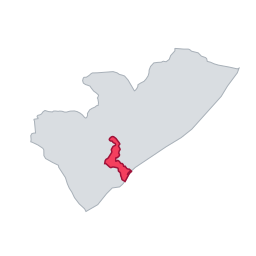 Liberia, with Margibi highlighted, rotated 284°
{"feature_id": "LBR-789", "entity_name": "Margibi", "entity_type": "County", "adm_level": 1, "iso_a3": "LBR", "parent_name": "Liberia", "parent_adm1": "", "projection": "orthographic", "projection_center": [-10.158, 6.461], "detail": "fine", "context": "in_parent", "style": "filled", "palette": "rose", "viewbox_px": 256, "rotation_deg": 284, "n_neighbors": 0, "source": "natural_earth", "source_scale": "10m", "svg_char_len": 4295}
<svg xmlns="http://www.w3.org/2000/svg" viewBox="0 0 256 256"><g transform="rotate(284 128 128)"><path d="M36.8,107.4L39.1,105.4L42.6,99.0L47.5,92.9L52.0,89.2L55.5,85.5L59.3,82.6L64.7,79.3L73.0,70.4L75.0,69.4L76.3,63.3L78.4,55.5L80.8,53.1L86.4,51.6L87.7,50.3L89.7,44.8L91.0,38.4L91.1,37.0L93.3,36.8L97.1,35.5L99.3,36.1L100.3,37.9L100.8,39.5L112.2,35.5L113.2,34.7L113.8,34.8L115.3,38.4L116.1,38.2L116.8,37.1L117.6,37.0L118.5,37.5L119.4,39.2L120.8,40.7L123.3,41.7L124.9,43.2L124.7,47.0L125.3,50.8L126.4,51.6L127.0,53.9L127.3,56.3L127.9,57.6L128.3,60.1L128.1,62.7L128.6,64.6L130.4,67.8L131.6,71.9L131.6,74.7L130.9,77.8L129.7,80.5L127.6,83.5L127.4,84.7L128.7,85.5L130.6,85.7L132.2,85.1L136.3,86.4L138.4,88.4L140.3,90.9L142.0,92.1L142.7,93.6L145.6,93.2L149.0,91.7L149.7,91.0L150.7,91.4L152.8,91.5L154.3,88.8L155.5,85.8L158.1,82.4L159.4,81.1L159.7,79.0L159.9,76.2L160.8,73.8L163.0,72.5L165.3,72.5L166.5,73.0L167.2,75.3L169.1,77.1L170.6,78.3L171.5,78.8L172.8,80.1L174.1,84.8L179.1,99.9L178.9,104.0L177.9,106.8L177.9,109.4L177.6,112.1L174.6,116.4L165.6,125.2L166.3,126.0L168.5,127.0L170.6,127.5L172.4,127.2L174.7,129.4L177.1,132.2L179.7,133.6L183.4,134.9L186.6,135.0L189.4,134.5L193.2,135.0L197.4,137.3L198.9,141.1L199.9,144.4L201.3,146.0L201.5,148.9L204.5,151.4L208.7,151.9L214.1,154.8L215.5,154.6L216.1,154.2L216.7,154.8L218.1,163.3L219.2,167.8L218.7,169.6L217.9,171.0L217.9,177.9L215.5,181.8L215.1,186.1L214.4,187.5L211.8,188.8L211.8,192.1L211.1,196.1L210.9,200.4L211.6,211.5L211.8,219.8L213.0,221.3L207.9,220.7L192.8,214.4L181.2,210.8L142.3,190.2L131.5,181.9L119.0,169.5L91.4,144.5L85.1,140.5L77.1,138.6L72.2,136.4L68.8,134.1L66.0,127.2L59.1,123.1L46.3,117.2L36.8,107.4Z" fill="#d9dde1" stroke="#a8b0b8" stroke-width="1"/><path d="M87.3,141.3L87.3,141.2L86.7,140.6L86.1,140.1L84.6,139.2L83.9,138.9L83.0,138.8L83.0,139.2L85.3,140.4L86.3,141.2L86.7,142.2L86.0,141.4L84.8,140.7L83.4,140.1L75.4,138.1L76.3,135.1L76.4,134.9L76.6,134.7L76.9,134.4L77.1,134.2L77.3,134.1L77.8,134.0L78.2,133.8L79.6,132.7L80.0,132.5L82.0,131.7L82.4,131.5L82.6,131.4L82.9,131.1L83.6,129.7L83.8,129.3L84.0,129.1L85.7,128.5L85.9,128.4L86.1,128.3L86.5,128.0L86.6,127.8L86.7,127.4L86.8,126.7L86.7,124.1L86.6,123.1L86.5,122.7L86.3,122.3L86.1,122.0L85.6,121.3L85.5,121.2L85.4,120.8L85.4,120.5L85.5,120.2L85.6,119.8L87.9,115.5L88.0,115.1L87.8,114.0L89.3,113.9L90.2,113.8L90.9,113.8L91.2,113.9L91.6,114.0L92.2,114.3L92.5,114.5L93.4,115.5L93.8,115.8L94.2,116.0L94.6,116.2L100.0,118.0L100.4,118.1L100.8,118.0L101.4,117.9L102.4,117.3L102.9,117.1L103.0,117.1L103.4,117.1L105.3,117.6L106.3,117.9L106.5,118.0L106.8,118.2L106.9,118.4L107.7,119.4L108.0,119.8L108.3,120.0L108.6,120.0L108.9,120.0L109.4,119.7L109.6,119.5L109.8,119.3L109.9,119.2L110.0,118.7L110.1,118.0L110.1,117.7L110.3,117.3L110.4,117.0L110.5,116.8L111.2,116.2L111.3,116.0L111.4,115.8L111.4,115.7L111.2,114.6L111.2,114.2L111.3,114.0L111.3,113.8L111.4,113.6L111.5,113.5L111.7,113.1L112.0,112.8L112.2,112.7L112.4,112.6L112.6,112.6L113.2,112.7L113.5,112.8L113.9,113.0L114.6,113.5L115.2,113.9L115.5,114.3L115.7,114.5L115.8,114.7L115.9,114.9L116.0,115.2L116.0,115.7L116.1,116.0L115.8,116.9L114.9,118.9L111.6,122.9L110.7,123.8L110.3,123.9L110.2,123.8L109.8,123.7L109.0,123.3L108.8,123.2L108.5,123.2L108.1,123.2L107.9,123.4L107.7,123.5L107.3,124.0L106.1,125.0L105.7,125.3L105.4,125.5L105.0,125.4L104.7,125.4L103.4,125.0L102.8,125.0L102.2,125.1L101.5,125.0L101.4,125.0L101.0,125.4L100.9,125.6L100.6,125.8L100.3,126.1L99.9,126.2L99.3,126.3L98.9,126.3L98.7,126.2L98.3,125.8L98.1,125.7L97.3,125.3L97.2,125.3L97.1,125.2L97.0,124.9L96.8,124.8L96.5,124.6L96.4,124.5L96.3,124.3L96.3,124.1L96.4,123.8L96.4,123.7L96.2,123.5L95.7,123.4L95.0,123.6L93.4,123.9L93.0,124.1L92.8,124.3L92.9,124.6L93.1,124.7L93.2,124.8L93.4,124.9L93.5,125.3L93.6,125.5L93.9,125.7L94.1,125.9L94.1,126.1L93.9,126.5L93.8,127.0L93.6,127.3L93.4,127.8L92.0,129.3L91.9,129.5L91.9,129.8L91.9,130.0L92.1,130.7L92.1,130.9L91.9,131.3L91.7,131.7L90.9,132.5L90.4,132.7L90.0,132.9L89.8,133.0L89.8,133.4L89.8,133.6L89.8,133.8L90.1,134.1L90.2,134.3L90.2,134.6L90.0,134.8L89.8,135.0L89.5,135.0L89.4,135.2L89.2,135.7L88.5,136.5L88.4,136.7L88.3,136.9L88.2,138.2L88.2,138.5L88.3,138.9L88.4,139.1L88.3,139.3L88.0,139.8L87.9,140.1L87.8,140.3L87.4,141.2L87.3,141.3L87.3,141.3Z" fill="#f43f5e" stroke="#9f1239" stroke-width="1.5"/></g></svg>